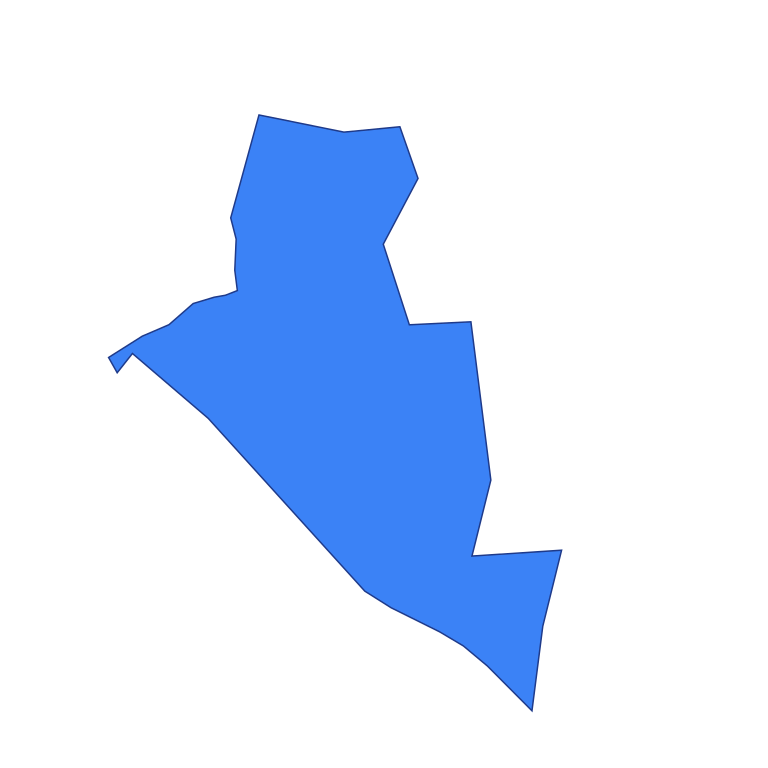 an SVG outline of Baltinavas, rotated 113°
{"feature_id": "LVA-5743", "entity_name": "Baltinavas", "entity_type": "Municipality", "adm_level": 1, "iso_a3": "LVA", "parent_name": "Latvia", "parent_adm1": "", "projection": "albers", "projection_center": [27.602, 56.934], "detail": "fine", "context": "isolated", "style": "filled", "palette": "blue", "viewbox_px": 768, "rotation_deg": 113, "n_neighbors": 0, "source": "natural_earth", "source_scale": "10m", "svg_char_len": 543}
<svg xmlns="http://www.w3.org/2000/svg" viewBox="0 0 768 768"><g transform="rotate(113 384 384)"><path d="M627.0,120.1L603.2,178.6L594.1,208.6L590.4,236.0L587.2,290.0L582.2,320.7L484.3,532.4L454.2,627.5L477.9,634.0L467.2,647.9L434.4,625.2L413.4,605.1L384.5,591.1L370.5,574.3L364.3,564.7L355.3,555.5L337.6,565.8L308.4,576.7L291.0,590.0L185.2,604.2L167.8,519.3L141.0,469.9L181.5,433.0L255.6,439.3L319.6,383.8L292.8,328.3L430.7,248.1L508.0,235.8L467.6,155.6L544.9,143.2L627.0,120.1Z" fill="#3b82f6" stroke="#1e3a8a" stroke-width="1.5"/></g></svg>